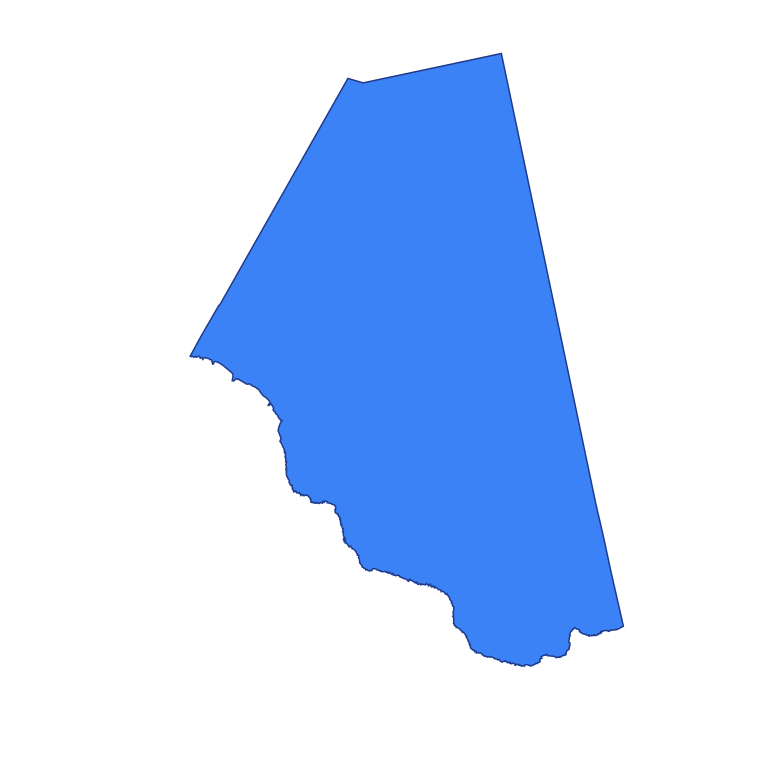 outline of Palauli West, Palauli, Samoa, rotated 348°
{"feature_id": "51752279B21529413324120", "entity_name": "Palauli West", "entity_type": "district", "adm_level": 2, "iso_a3": "WSM", "parent_name": "Samoa", "parent_adm1": "Palauli", "projection": "natural_earth1", "projection_center": [-172.564, -13.715], "detail": "fine", "context": "isolated", "style": "filled", "palette": "blue", "viewbox_px": 768, "rotation_deg": 348, "n_neighbors": 0, "source": "geoboundaries", "source_scale": "gbopen_adm2", "svg_char_len": 6167}
<svg xmlns="http://www.w3.org/2000/svg" viewBox="0 0 768 768"><g transform="rotate(348 384 384)"><path d="M426.1,85.1L412.2,77.6L240.5,271.7L238.5,273.1L215.0,299.2L200.2,316.5L201.7,317.4L202.9,317.2L203.3,318.0L204.4,318.3L205.6,317.8L206.2,318.8L207.9,318.4L209.4,318.7L209.6,320.5L210.5,320.0L211.2,320.3L211.9,322.3L213.1,321.2L214.2,320.9L218.4,323.0L218.6,323.9L220.4,324.5L220.7,325.4L220.3,326.3L220.7,329.0L221.6,328.8L222.2,327.2L223.8,326.8L227.1,329.0L230.1,332.0L237.6,341.5L238.1,342.9L238.1,344.6L236.2,349.3L237.7,349.8L240.4,348.1L241.7,348.9L242.0,348.5L249.7,355.6L253.0,356.1L254.4,358.1L257.3,360.2L259.6,362.7L260.6,364.0L261.4,366.5L263.3,370.2L266.1,373.2L267.9,376.1L268.7,377.8L268.7,378.6L266.9,379.8L266.3,380.9L267.1,381.0L269.3,380.1L270.2,381.9L270.8,383.7L270.8,385.2L270.2,385.8L270.4,387.1L271.8,389.5L271.9,390.5L273.3,392.1L273.7,394.4L274.2,395.8L274.9,396.7L275.4,398.4L276.5,398.5L275.3,400.2L274.2,401.0L272.3,404.1L270.7,407.7L272.0,415.7L271.4,416.4L270.8,418.4L270.3,418.4L271.8,422.1L271.9,423.6L273.0,428.0L272.6,428.3L272.8,429.5L272.4,430.2L273.3,430.5L272.8,431.3L272.8,433.8L272.1,434.5L272.2,436.0L272.6,436.2L271.7,439.3L272.5,440.0L271.9,440.4L272.0,441.3L271.2,442.3L271.1,446.4L270.4,446.6L270.2,447.9L270.8,448.6L270.0,449.7L270.1,450.9L269.6,452.7L269.9,454.6L270.2,454.7L270.4,456.6L271.4,458.6L270.7,460.2L271.2,462.7L271.8,463.8L272.5,463.6L273.2,464.4L272.7,465.2L272.5,467.4L273.1,467.8L272.9,468.5L273.2,469.8L274.3,470.0L273.7,470.8L275.7,470.7L275.9,472.3L276.6,472.2L277.3,472.7L278.6,472.6L278.3,473.5L279.4,474.2L279.4,475.6L280.6,475.0L281.1,475.7L282.0,475.7L281.8,476.4L282.9,476.6L284.7,476.2L285.3,476.9L286.5,477.5L287.6,479.9L288.5,480.8L287.9,481.8L288.4,483.2L287.9,484.4L288.9,484.9L289.8,484.8L290.1,485.5L290.8,485.0L291.3,486.0L293.2,486.6L293.8,485.8L294.4,486.6L295.0,486.5L295.6,487.4L298.3,486.8L298.9,487.8L299.6,487.4L299.6,486.5L300.4,485.9L301.2,487.1L302.0,486.2L302.6,486.2L303.8,487.3L303.8,488.4L304.6,488.2L304.8,488.7L307.2,489.9L309.1,491.4L310.1,491.7L310.6,492.3L311.1,494.4L310.8,496.2L309.8,496.7L310.1,497.8L309.4,498.9L310.5,500.9L311.1,500.8L312.3,502.0L311.7,502.5L312.1,504.0L312.9,504.9L312.7,505.8L313.2,506.4L312.6,507.1L313.4,508.2L312.8,508.6L312.8,509.6L312.5,510.6L313.4,512.2L312.4,512.8L313.2,514.2L313.3,516.2L314.0,517.0L313.4,517.6L313.6,519.2L312.8,519.9L313.3,520.3L312.8,524.2L314.0,528.0L313.4,528.3L312.6,526.7L312.0,527.2L312.3,527.7L312.3,529.9L313.5,530.0L313.0,531.4L314.5,532.2L314.9,533.4L315.5,534.1L315.8,536.0L316.3,536.1L317.5,535.6L317.9,535.8L318.0,537.1L318.7,537.6L318.6,538.5L319.9,539.1L321.4,541.2L321.4,541.9L322.1,542.9L322.0,543.7L322.8,545.3L322.4,545.9L323.4,546.4L323.5,548.0L322.9,548.5L323.5,550.5L323.0,554.0L323.6,554.2L324.2,556.4L324.9,557.5L324.6,558.5L327.5,561.2L327.5,562.0L328.7,561.7L329.4,562.9L331.1,563.9L331.4,563.4L333.3,564.0L334.8,562.2L337.5,563.2L338.6,564.5L340.6,565.1L341.2,566.4L342.4,566.3L343.1,567.3L345.9,567.6L347.1,568.7L347.8,568.2L348.9,570.1L350.5,569.3L350.7,570.4L352.1,571.8L353.3,571.1L353.6,571.9L353.4,572.8L356.1,574.1L356.7,573.6L359.1,574.5L359.1,575.5L359.6,576.1L360.2,575.8L360.9,576.9L363.1,578.6L364.8,579.2L365.5,579.9L366.3,581.5L367.1,582.1L367.7,580.6L368.5,580.2L369.0,581.5L369.4,581.4L370.7,582.0L371.1,583.0L372.4,584.0L373.1,585.0L374.3,584.3L374.8,584.6L374.7,585.7L375.3,585.6L375.5,587.1L377.8,587.0L378.1,588.0L379.1,587.5L379.9,588.2L381.6,588.2L382.0,588.8L382.9,589.1L384.3,587.9L384.6,588.8L385.6,589.5L385.5,590.7L387.9,589.5L387.8,591.4L388.4,592.4L389.2,591.8L389.7,592.4L390.7,592.2L390.5,593.2L391.2,594.1L391.7,593.6L392.7,593.6L394.5,596.5L395.6,596.5L396.7,597.6L396.8,599.0L397.4,598.7L399.3,599.8L400.0,600.7L400.3,602.2L401.1,602.6L402.1,602.3L402.0,603.4L402.7,604.1L402.9,605.5L403.7,606.3L403.7,608.8L404.8,610.5L404.9,611.7L404.4,612.1L405.0,613.6L405.2,615.8L406.0,616.7L404.9,620.2L404.1,621.6L403.9,624.6L402.9,625.6L403.5,626.6L403.5,628.4L403.0,629.3L402.7,632.1L402.2,632.6L403.1,634.1L402.7,634.5L403.5,635.2L403.5,635.9L404.1,636.2L404.1,637.2L404.8,637.0L407.4,639.7L407.7,640.9L408.6,641.4L409.0,643.2L409.8,643.0L410.7,644.3L411.9,647.0L411.8,648.0L412.3,648.0L412.0,649.2L412.5,650.0L413.1,653.9L413.9,654.9L413.3,656.4L414.0,656.9L413.5,657.5L414.1,658.3L413.7,660.1L415.1,661.9L415.2,662.5L416.5,662.7L417.0,664.7L418.2,664.7L418.4,666.3L419.3,665.9L420.5,666.7L423.1,667.4L423.6,668.1L423.6,669.0L425.0,670.2L425.6,671.3L427.2,671.4L428.1,672.6L429.7,672.2L430.4,673.1L431.9,673.1L433.1,673.7L435.2,675.4L435.4,676.0L436.2,675.9L437.3,676.6L438.0,677.6L438.8,677.3L439.6,677.5L440.3,679.5L441.8,680.6L442.9,680.1L444.2,680.4L445.1,679.8L446.2,681.6L446.7,681.5L447.1,682.3L449.0,682.4L449.1,683.5L450.2,683.3L450.6,684.2L452.1,683.7L452.6,683.8L453.5,685.2L453.8,686.4L454.2,686.5L455.2,685.4L457.6,687.2L458.4,686.6L458.8,687.6L459.5,687.9L459.8,688.5L462.1,688.7L462.7,689.2L463.1,688.2L465.0,688.0L466.5,688.7L466.9,689.3L467.9,689.4L469.0,690.4L469.6,690.0L470.9,690.2L473.8,689.3L474.6,688.6L476.0,689.4L476.6,688.4L477.1,688.6L479.0,688.1L479.1,685.6L481.5,685.1L480.9,684.3L480.9,683.5L483.5,682.7L485.8,682.8L486.4,682.2L487.2,682.7L487.3,683.7L493.7,685.7L495.8,687.6L496.1,687.3L497.5,687.3L497.9,687.7L498.8,687.3L499.2,687.8L501.0,687.6L502.4,686.6L503.9,687.0L505.8,686.5L505.8,685.3L506.3,685.1L507.2,683.0L508.6,682.6L509.2,681.9L509.8,682.0L510.6,680.3L510.4,679.3L511.5,678.5L512.0,675.8L511.0,674.7L511.2,673.6L512.0,672.5L512.8,670.0L513.9,668.6L513.4,667.7L515.4,664.9L516.3,664.6L517.3,663.3L518.3,663.3L519.4,662.0L520.0,662.0L521.2,663.5L523.2,664.4L524.2,665.5L523.7,666.3L523.9,667.0L526.0,669.2L531.4,672.4L532.4,673.3L532.8,672.6L534.4,673.1L534.8,673.5L535.9,673.2L537.1,673.8L537.7,673.0L538.5,673.8L539.5,674.1L540.1,673.5L541.7,673.6L542.0,672.8L544.1,673.0L544.0,671.7L544.9,671.1L545.4,671.9L546.1,671.0L546.5,671.3L547.6,671.0L550.7,671.4L552.0,672.5L552.3,672.0L553.4,672.6L553.6,672.0L554.4,671.8L557.0,672.4L558.4,672.1L559.6,672.8L560.3,672.3L561.1,672.6L567.8,670.7L567.0,616.0L566.9,578.8L566.3,545.8L567.5,85.1L426.1,85.1Z" fill="#3b82f6" stroke="#1e3a8a" stroke-width="1.5"/></g></svg>